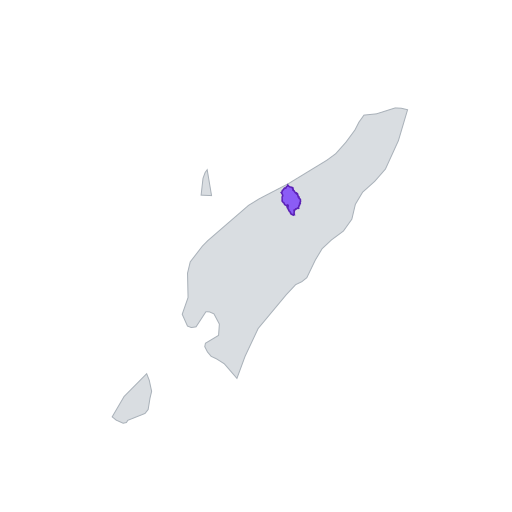 location of Laleia, Manatuto, East Timor, rotated 332°
{"feature_id": "22284137B53372282779403", "entity_name": "Laleia", "entity_type": "district", "adm_level": 2, "iso_a3": "TLS", "parent_name": "East Timor", "parent_adm1": "Manatuto", "projection": "natural_earth1", "projection_center": [126.125, -8.597], "detail": "fine", "context": "in_parent", "style": "filled", "palette": "violet", "viewbox_px": 512, "rotation_deg": 332, "n_neighbors": 0, "source": "geoboundaries", "source_scale": "gbopen_adm2", "svg_char_len": 4977}
<svg xmlns="http://www.w3.org/2000/svg" viewBox="0 0 512 512"><g transform="rotate(332 256 256)"><path d="M181.7,355.1L177.4,336.3L172.8,328.2L169.3,323.6L168.1,317.9L168.2,312.0L170.4,309.3L185.7,308.5L191.7,298.9L191.7,287.3L188.6,283.4L185.6,281.7L169.8,290.4L165.3,288.8L162.6,285.7L163.5,272.8L176.5,260.8L187.5,239.0L195.2,230.3L213.3,222.1L220.6,219.8L273.1,207.8L285.6,207.0L318.9,207.3L363.4,204.7L374.4,203.1L388.7,197.8L402.5,191.2L409.8,186.1L417.5,182.3L429.0,187.0L448.4,190.6L453.6,193.7L458.5,198.0L435.9,221.0L411.1,240.0L395.9,245.8L380.1,249.7L368.0,257.0L357.9,268.5L344.9,275.0L330.3,277.2L317.8,280.6L306.5,287.4L290.7,299.0L284.3,300.2L277.6,299.9L264.5,304.4L223.9,321.0L199.3,339.4L181.7,355.1ZM53.5,330.5L73.6,318.1L104.2,308.6L103.4,315.6L100.3,326.5L95.7,331.7L88.7,340.9L84.1,342.9L65.7,340.9L63.4,342.2L60.2,341.3L55.5,335.3L53.5,330.5ZM253.4,156.9L245.1,181.8L236.1,176.5L245.7,162.5L250.3,158.4L253.4,156.9Z" fill="#d9dde1" stroke="#a8b0b8" stroke-width="1"/><path d="M316.1,233.9L316.1,233.6L316.4,233.1L316.7,232.8L316.7,232.6L316.9,232.4L317.0,232.3L317.2,232.2L317.3,232.0L317.5,232.0L317.5,231.8L317.6,231.7L317.9,231.7L318.0,231.6L317.9,231.6L318.0,231.5L318.1,231.4L318.3,231.4L318.3,231.2L318.7,231.1L318.8,231.0L319.0,230.9L319.3,230.7L319.5,230.6L319.4,230.4L319.5,230.4L319.8,230.3L319.8,230.2L319.9,229.9L319.8,229.6L320.1,229.5L320.2,229.3L320.3,229.2L320.5,229.1L320.8,229.0L320.9,228.8L320.8,228.6L320.9,228.4L321.0,228.2L321.2,227.9L321.4,227.8L321.5,227.7L321.6,227.4L321.7,227.2L321.7,226.9L321.7,226.7L321.7,226.3L321.6,226.1L321.4,225.9L321.2,225.7L321.1,225.4L321.1,225.2L321.2,224.9L321.3,224.8L321.4,224.6L321.5,224.6L321.7,224.4L321.8,224.3L321.6,223.9L321.5,223.7L321.4,223.6L321.3,223.4L321.2,223.4L321.3,223.2L321.3,222.9L321.2,222.8L321.3,222.6L321.3,222.4L321.5,222.3L321.6,222.0L321.5,221.8L321.5,221.7L321.6,221.4L321.7,221.2L321.7,220.9L321.8,220.6L321.9,220.4L321.7,220.2L321.5,219.9L321.4,219.6L321.4,219.4L321.2,219.4L321.1,219.6L321.0,219.4L320.9,219.5L320.9,219.3L320.9,219.1L320.7,219.1L320.6,218.9L320.5,218.6L320.4,218.5L320.4,218.3L320.4,218.2L320.4,217.9L320.3,217.7L320.3,217.4L320.3,216.9L320.3,216.6L320.3,216.4L320.0,216.2L319.9,216.0L319.9,215.9L320.0,215.8L319.9,215.6L319.9,215.3L319.9,215.2L320.0,215.1L320.1,214.9L319.8,214.8L319.7,214.8L319.8,214.6L320.0,214.5L320.1,214.4L320.1,214.2L320.2,213.9L320.0,213.5L320.1,213.4L320.4,213.1L320.5,213.1L320.4,212.8L320.3,212.7L320.2,212.6L320.1,212.4L319.9,212.3L319.7,212.2L319.6,211.9L319.4,211.7L318.4,211.0L318.2,210.6L318.0,210.3L317.6,209.5L317.5,208.8L317.4,208.3L317.1,208.6L316.9,208.8L316.8,209.0L316.6,209.0L316.1,209.0L315.8,209.0L315.6,209.1L315.3,209.2L315.0,209.3L314.9,209.4L314.8,209.5L314.7,209.6L314.6,209.8L314.4,210.0L314.2,210.0L313.9,210.0L313.7,209.8L313.3,209.4L312.5,209.5L312.1,209.8L311.7,210.2L311.5,210.3L311.4,210.3L311.1,210.4L310.9,210.4L310.6,210.3L310.3,210.4L310.1,210.6L309.9,210.6L309.8,210.8L309.7,210.8L309.5,211.0L309.4,211.3L309.0,211.7L308.9,211.8L308.6,211.8L308.4,211.7L308.1,211.7L308.2,212.2L308.1,212.6L308.2,212.8L308.1,213.0L308.1,213.3L308.2,213.5L308.3,213.8L308.3,214.0L308.2,214.2L308.1,215.0L307.9,215.1L307.7,215.6L307.4,215.8L307.2,215.8L306.9,216.0L306.7,216.2L306.4,216.8L306.3,217.0L306.2,217.3L306.0,217.6L305.9,218.0L305.8,218.3L305.6,218.5L305.4,218.6L305.3,218.8L305.3,219.0L305.2,219.0L304.8,219.8L304.9,220.1L305.0,220.5L305.1,221.5L305.4,222.1L305.6,222.3L305.7,222.5L305.5,223.0L305.4,223.5L305.5,223.6L305.5,223.9L305.5,224.0L305.6,224.5L306.5,225.6L306.5,225.9L306.5,226.0L307.0,226.0L307.1,225.9L307.2,226.0L307.4,226.0L307.6,226.0L307.9,225.8L308.2,226.3L308.0,226.5L308.0,226.8L307.9,226.9L307.7,227.0L307.4,227.2L307.5,227.2L307.6,227.3L307.5,227.6L307.4,227.7L307.2,227.3L306.9,227.4L306.7,227.4L306.5,228.0L306.4,228.4L306.4,228.5L306.6,228.8L306.5,229.0L306.4,229.4L306.5,229.5L306.4,229.7L306.4,230.0L306.5,230.4L306.4,230.7L306.5,230.8L306.4,230.9L306.3,231.0L306.3,231.4L306.3,231.5L306.4,231.9L306.5,232.0L306.4,232.2L306.4,232.3L306.7,232.6L306.8,232.7L306.7,233.0L306.8,233.1L306.8,233.3L306.7,233.5L306.8,233.7L306.8,234.1L306.7,234.2L306.8,234.5L306.6,234.7L306.7,234.9L306.7,235.0L306.7,235.8L306.8,235.9L307.0,236.0L307.3,236.0L307.5,236.3L307.5,236.5L307.8,236.9L307.9,237.0L307.9,237.3L308.0,237.5L308.3,237.5L308.5,237.4L308.6,237.5L308.8,237.4L309.0,237.4L309.2,237.5L309.2,237.3L309.4,237.1L309.3,236.9L309.6,236.8L309.6,236.7L309.5,236.3L309.6,236.0L309.7,235.9L309.8,235.9L310.0,235.5L310.1,235.4L310.3,235.3L310.4,235.2L310.5,235.1L310.6,234.8L310.7,234.6L310.8,234.5L310.7,234.2L310.8,234.0L311.3,233.9L311.4,233.6L311.3,233.4L311.5,233.4L311.6,233.5L311.8,233.6L312.1,233.6L312.5,233.5L312.6,233.4L312.7,233.2L312.9,233.1L313.1,233.0L313.3,233.2L313.6,233.4L313.7,233.5L313.8,233.5L314.1,233.3L314.5,233.3L314.9,233.1L315.2,233.1L315.3,233.4L315.4,233.6L315.7,233.8L315.8,233.9L316.1,233.9Z" fill="#8b5cf6" stroke="#5b21b6" stroke-width="1.5"/></g></svg>